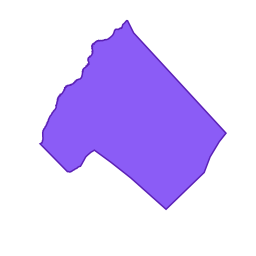 outline of Gagaifomauga III, Gaga'ifomauga, Samoa, rotated 316°
{"feature_id": "51752279B86884772728329", "entity_name": "Gagaifomauga III", "entity_type": "district", "adm_level": 2, "iso_a3": "WSM", "parent_name": "Samoa", "parent_adm1": "Gaga'ifomauga", "projection": "albers", "projection_center": [-172.519, -13.545], "detail": "fine", "context": "isolated", "style": "filled", "palette": "violet", "viewbox_px": 256, "rotation_deg": 316, "n_neighbors": 0, "source": "geoboundaries", "source_scale": "gbopen_adm2", "svg_char_len": 5005}
<svg xmlns="http://www.w3.org/2000/svg" viewBox="0 0 256 256"><g transform="rotate(316 128 128)"><path d="M202.2,50.5L201.6,50.1L201.5,49.8L200.1,49.9L198.6,50.1L197.6,50.1L196.7,50.0L196.1,50.0L195.7,50.2L194.7,50.8L194.1,51.2L193.9,51.3L193.2,51.7L192.9,51.7L192.9,51.4L192.3,51.6L192.2,51.5L192.2,51.0L191.8,50.8L191.4,50.8L191.1,50.8L191.0,50.6L190.7,50.7L190.2,50.4L189.7,50.5L189.3,50.2L189.1,50.0L188.9,49.5L188.5,49.2L188.2,48.8L187.6,48.4L187.2,48.3L186.7,48.6L186.1,48.7L185.7,48.7L185.4,48.9L184.5,49.5L183.8,49.8L183.4,49.9L182.9,50.2L182.2,50.4L181.6,50.5L181.2,50.6L180.9,50.6L180.5,50.6L179.3,50.6L178.5,50.5L177.6,50.5L176.8,50.3L176.6,50.5L176.2,50.3L175.7,50.2L175.1,50.1L174.6,49.8L174.2,49.7L173.6,49.3L173.3,48.8L173.0,48.7L172.9,48.6L172.6,48.6L172.5,48.3L172.2,48.1L171.5,48.1L170.8,47.7L170.6,47.4L170.3,47.1L170.1,47.2L169.9,46.9L169.5,46.7L169.1,46.3L169.0,46.0L168.8,46.0L168.5,45.6L168.1,45.5L167.9,44.9L167.7,45.0L167.6,44.8L167.4,44.8L167.3,44.5L166.8,44.4L166.6,44.0L166.3,43.9L165.9,43.8L165.6,44.0L165.3,43.7L165.0,43.8L164.9,43.7L164.4,43.5L163.9,43.8L163.4,43.6L162.3,43.4L162.0,43.8L161.9,43.6L161.7,43.4L161.4,43.5L161.0,43.4L160.8,43.1L160.4,43.3L160.4,43.5L160.0,43.5L159.8,43.7L159.2,43.7L159.0,43.9L159.1,44.2L158.7,44.1L158.1,45.0L158.2,45.3L158.0,45.7L157.4,45.8L157.5,46.1L157.2,46.4L157.0,46.6L156.6,47.1L156.6,47.4L156.3,47.5L156.2,48.0L155.8,48.3L155.6,48.5L155.3,48.3L155.2,48.7L154.9,48.8L154.8,49.2L154.6,49.2L154.4,49.6L154.0,49.6L153.9,49.8L153.4,49.9L152.5,50.3L151.9,50.4L151.0,50.3L150.3,50.4L150.1,50.0L149.8,50.3L149.6,50.1L149.1,50.2L148.5,50.0L147.8,50.2L147.5,50.4L147.2,51.0L146.9,50.9L146.8,51.1L146.6,51.2L146.2,51.5L146.2,51.8L145.9,52.2L145.8,52.6L145.6,53.1L145.4,53.6L145.0,54.0L144.5,54.1L144.4,54.4L144.2,54.3L144.1,54.6L143.9,54.4L143.7,54.6L143.4,54.4L143.4,54.6L143.2,54.8L142.7,54.6L142.6,54.8L142.4,54.7L142.1,54.9L142.0,54.7L141.7,54.5L141.4,54.6L141.1,54.8L140.9,54.6L140.7,54.8L140.3,54.8L140.3,54.7L140.0,54.9L139.5,54.9L139.0,54.8L138.8,54.6L138.5,54.6L138.2,54.5L137.3,54.5L136.6,54.9L136.3,54.7L136.2,55.0L135.9,55.3L135.6,55.2L135.3,55.3L135.0,55.5L134.9,55.8L134.6,55.6L134.4,55.7L134.2,56.1L134.1,56.5L133.9,56.6L133.5,56.7L132.6,57.6L131.7,58.1L131.3,58.4L130.8,58.6L130.6,59.0L130.3,59.1L129.4,59.2L129.3,59.4L128.7,59.5L127.8,59.5L127.4,59.3L126.7,58.8L126.0,58.6L125.9,58.4L125.4,58.3L125.1,58.1L124.9,58.1L124.8,57.9L124.2,57.8L124.2,58.0L123.8,58.0L123.7,57.9L123.3,58.0L122.5,57.7L122.4,58.0L122.2,57.9L121.9,58.1L121.7,57.9L121.1,57.9L120.7,58.1L120.4,57.9L120.2,58.1L119.9,58.1L119.6,57.9L119.2,58.0L118.6,57.8L118.2,57.5L117.6,57.5L117.3,57.5L116.9,57.0L116.6,57.2L116.4,56.9L116.1,57.1L115.9,57.0L115.8,56.7L115.3,56.3L115.1,56.3L115.0,56.1L114.7,56.1L114.3,55.6L114.0,55.6L113.9,55.3L113.7,55.2L113.4,55.5L112.9,55.3L112.6,55.0L112.2,55.5L111.9,55.2L111.7,55.4L111.3,55.4L111.2,55.3L110.8,55.4L110.5,55.1L110.3,55.4L110.0,55.5L109.8,55.9L109.5,55.9L109.1,56.1L108.7,56.1L108.7,56.3L108.4,56.2L108.2,56.5L107.4,56.7L106.9,56.8L105.9,57.1L105.0,57.3L104.1,57.4L103.8,57.3L103.1,57.3L102.9,57.0L102.7,57.3L102.2,57.1L102.2,57.4L101.6,57.4L101.2,57.6L101.0,57.1L100.9,57.1L100.8,57.4L100.6,57.4L100.4,57.3L100.1,57.3L99.9,57.5L99.7,57.5L99.4,57.7L99.1,57.8L98.9,57.6L98.7,58.0L98.4,57.9L97.7,58.1L97.5,58.5L97.3,58.3L97.0,58.5L97.0,58.8L96.7,58.9L96.7,59.2L96.1,59.4L96.0,59.7L95.7,59.8L95.1,59.9L94.6,60.3L94.4,60.6L94.2,60.6L93.9,61.0L93.7,61.0L93.3,61.2L93.0,61.5L92.1,61.6L92.0,62.0L91.7,61.9L91.6,62.2L91.4,62.3L91.1,62.7L91.0,63.0L90.6,63.3L89.8,63.6L89.3,63.7L88.8,64.0L88.0,64.1L87.1,64.0L86.5,64.3L86.2,64.1L85.9,64.3L84.5,64.5L84.3,64.4L83.6,64.6L83.5,64.8L83.2,64.8L82.6,65.1L82.0,65.2L81.6,65.3L81.0,65.3L80.1,65.4L79.6,65.6L79.3,65.8L78.8,65.9L78.5,66.1L77.9,66.2L77.2,66.6L76.8,66.6L75.9,67.3L75.6,67.4L75.5,67.7L74.7,67.8L74.3,67.8L74.2,67.9L73.9,67.9L73.8,68.3L73.5,68.5L73.3,68.4L73.2,68.6L72.7,68.7L72.5,68.8L72.1,68.8L71.9,68.7L71.6,69.2L70.9,69.5L70.6,69.4L70.4,69.6L69.6,69.7L69.2,69.6L68.9,69.9L68.3,70.1L68.1,70.3L67.5,70.2L67.3,70.3L66.5,70.3L66.3,70.6L65.9,70.7L65.7,70.9L65.3,71.0L64.9,71.0L64.8,71.3L64.4,71.5L64.0,71.7L63.4,72.1L63.0,72.5L62.9,72.7L62.5,73.2L61.9,73.7L61.7,74.0L61.3,74.4L60.9,74.8L60.5,75.4L59.8,76.2L58.5,77.4L57.8,77.8L57.5,77.8L57.3,78.1L56.9,78.4L56.2,78.6L55.9,78.8L55.8,78.6L55.3,78.6L54.7,78.6L53.8,78.3L54.1,117.3L54.4,117.4L54.7,117.6L54.9,118.1L55.4,119.0L55.7,119.4L56.7,119.6L57.1,120.0L57.4,120.1L57.8,120.0L58.5,120.1L59.2,120.3L59.8,120.4L60.7,120.8L61.4,120.7L61.6,120.7L62.8,121.3L63.4,121.5L63.6,121.4L64.4,121.4L65.8,121.7L66.4,122.0L67.0,122.4L67.2,122.5L69.4,121.9L70.5,121.6L72.3,121.0L73.5,120.7L74.7,120.3L76.6,119.7L77.2,119.5L78.2,119.4L80.3,119.4L83.3,119.6L84.4,119.7L84.8,119.7L86.2,120.1L87.5,120.4L88.4,120.5L91.9,140.6L95.3,165.6L98.9,212.9L106.4,212.9L116.1,212.9L127.9,212.9L142.2,212.9L145.7,212.9L151.9,212.9L167.0,205.8L184.2,201.2L194.9,199.8L198.1,63.5L202.2,50.5Z" fill="#8b5cf6" stroke="#5b21b6" stroke-width="1.5"/></g></svg>